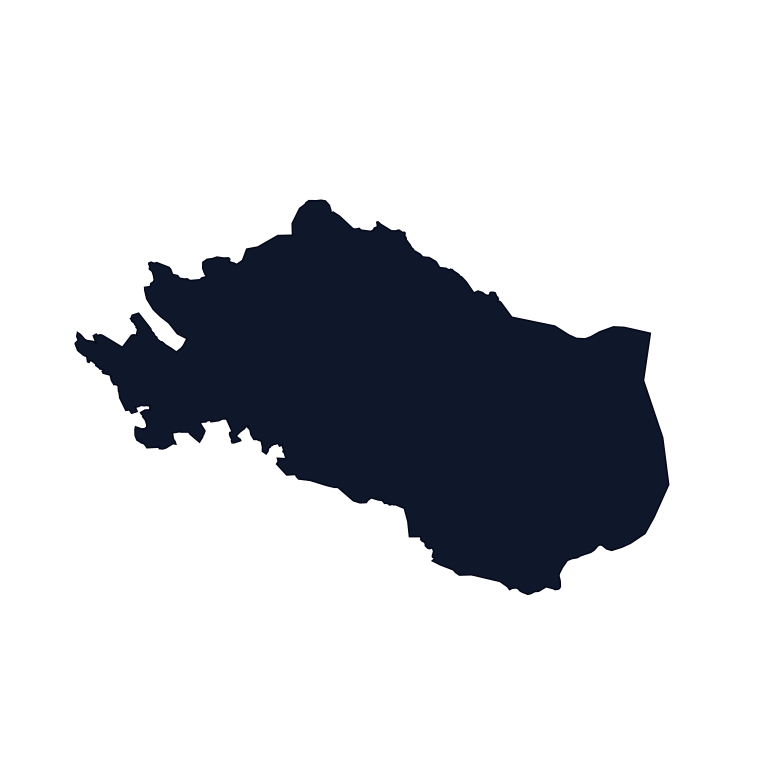 Ballymahon Lea-6, Longford, Ireland (Robinson projection), rotated 204°
{"feature_id": "5873133B88406731709637", "entity_name": "Ballymahon Lea-6", "entity_type": "district", "adm_level": 2, "iso_a3": "IRL", "parent_name": "Ireland", "parent_adm1": "Longford", "projection": "robinson", "projection_center": [-7.714, 53.623], "detail": "fine", "context": "isolated", "style": "filled", "palette": "ink", "viewbox_px": 768, "rotation_deg": 204, "n_neighbors": 0, "source": "geoboundaries", "source_scale": "gbopen_adm2", "svg_char_len": 5087}
<svg xmlns="http://www.w3.org/2000/svg" viewBox="0 0 768 768"><g transform="rotate(204 384 384)"><path d="M677.5,290.1L670.5,288.1L668.4,288.0L667.5,288.4L665.3,286.8L665.5,286.2L663.8,283.7L662.2,283.8L662.3,285.7L660.0,286.2L655.3,284.9L654.9,283.7L650.2,282.7L649.9,282.1L647.9,282.7L646.3,282.6L645.8,281.3L646.5,280.9L645.0,279.6L637.8,280.8L634.6,276.6L632.2,274.7L631.6,274.8L630.7,273.6L628.9,274.3L626.3,274.5L623.4,269.1L622.7,268.7L619.7,263.8L609.1,254.9L606.1,256.8L602.7,254.6L598.3,258.5L601.7,261.6L598.3,264.2L597.8,265.5L593.6,266.8L593.6,267.4L589.0,268.7L587.4,265.1L591.6,263.1L594.8,258.9L593.5,257.9L591.0,257.1L591.2,256.0L587.4,254.0L584.3,250.5L583.3,248.2L584.8,245.1L584.9,245.6L587.0,244.4L593.6,243.8L593.1,241.4L590.4,235.7L587.0,232.3L581.5,231.5L579.6,231.9L576.9,230.8L574.7,229.3L563.9,234.8L562.9,233.5L559.4,234.9L557.1,237.0L552.5,243.7L549.7,244.4L551.3,246.3L554.0,248.1L557.4,253.3L550.3,257.9L550.0,257.5L543.0,260.6L540.5,259.2L528.9,255.8L528.1,262.1L528.6,263.3L528.2,264.2L528.5,268.4L535.1,272.8L535.9,274.5L531.2,277.0L531.4,277.7L528.1,280.2L526.7,279.1L520.0,283.3L517.4,286.3L513.7,288.0L503.1,278.5L505.1,277.1L504.9,275.7L503.5,273.8L500.5,271.4L500.4,270.2L498.9,268.4L497.0,269.3L491.8,274.0L492.9,275.0L496.3,275.7L497.9,276.5L496.3,281.1L493.3,286.5L492.7,289.9L490.7,290.5L491.2,289.0L488.0,287.8L484.9,283.6L480.3,280.4L476.5,282.1L476.2,281.5L473.0,282.0L469.3,276.9L467.8,273.1L463.2,272.2L462.6,275.3L463.4,278.3L462.2,280.2L462.2,281.7L461.3,282.3L460.2,284.0L458.3,285.1L457.2,286.9L454.2,284.8L452.4,286.7L448.1,282.1L449.0,281.5L448.8,281.1L447.2,280.6L443.1,275.9L451.2,272.8L449.2,270.3L449.6,267.2L435.9,261.3L428.2,265.3L426.0,263.6L423.4,262.5L412.4,265.9L394.8,268.0L387.4,269.4L384.2,270.8L364.5,264.9L357.5,265.7L352.0,268.5L351.5,271.0L349.5,274.8L341.8,275.8L338.3,276.9L335.0,275.2L332.7,276.2L330.7,276.2L329.7,275.7L327.6,277.4L325.8,277.6L324.5,278.4L314.9,278.7L306.3,268.1L298.7,254.9L288.5,259.4L287.6,258.5L287.2,256.9L285.8,256.1L282.7,255.9L281.3,254.9L280.6,253.2L279.1,252.4L276.9,251.8L275.0,252.3L274.1,253.5L272.7,253.6L270.6,251.4L269.8,246.2L268.8,245.5L267.4,245.5L266.8,244.6L268.0,242.1L258.5,241.7L245.2,242.4L241.8,240.9L237.4,240.1L226.5,245.3L197.8,250.8L188.6,249.0L185.6,247.2L183.8,249.6L180.1,251.6L177.8,251.4L175.6,250.3L173.3,250.1L167.2,250.3L164.7,252.1L162.0,255.6L158.4,257.6L153.4,264.7L146.0,265.9L144.3,265.7L141.2,267.5L140.4,269.3L140.6,271.0L143.0,275.8L146.2,279.9L146.7,282.1L146.4,288.9L144.8,297.3L141.4,300.9L136.7,304.0L134.9,306.7L126.5,314.5L124.4,317.9L122.7,323.5L121.3,324.9L119.1,325.4L113.6,323.9L108.3,324.6L100.3,331.7L94.1,338.7L84.7,353.6L83.1,372.5L83.0,407.9L107.6,448.4L109.9,450.9L148.4,492.8L161.3,538.7L187.4,533.5L197.7,529.5L208.4,519.1L214.2,511.3L218.5,507.1L226.8,503.9L235.3,504.0L251.5,506.4L294.4,497.0L310.2,506.0L312.0,506.5L313.8,505.8L314.1,508.3L315.6,509.6L316.7,509.8L319.5,512.5L321.6,512.2L323.8,511.2L324.3,510.2L323.7,509.1L324.7,507.2L327.9,506.7L331.0,507.6L335.9,507.2L338.1,504.8L338.6,503.5L350.2,510.7L355.9,513.1L357.1,513.5L357.9,513.1L360.3,514.5L366.3,515.5L368.1,516.3L370.0,515.9L370.6,514.8L373.2,514.7L374.0,515.0L380.6,513.0L385.8,516.7L387.4,516.5L387.2,517.1L394.1,517.9L400.3,515.8L403.5,517.3L410.7,518.1L412.6,519.3L414.0,519.6L417.6,522.3L420.0,523.2L420.2,523.8L421.6,524.3L422.9,525.3L422.9,525.9L424.0,525.9L423.7,527.0L425.3,527.8L426.1,530.5L427.2,530.9L428.7,530.0L433.0,530.7L435.4,528.9L435.7,528.2L436.9,528.1L439.4,526.9L452.0,528.6L455.4,529.7L456.4,528.9L454.2,525.6L454.3,524.6L456.4,522.4L456.3,521.7L455.7,521.5L458.0,518.1L467.7,515.2L469.9,516.1L472.6,514.1L475.3,513.2L493.0,519.3L500.3,520.4L502.2,518.9L503.1,521.0L506.6,525.0L512.0,527.4L516.2,526.3L520.3,523.9L527.3,520.9L529.2,517.4L529.1,516.1L532.5,510.2L533.2,493.3L528.1,482.7L541.4,476.4L555.0,457.8L564.3,451.4L563.5,439.3L567.2,433.3L570.1,433.5L574.5,432.8L575.3,433.4L575.7,435.4L577.4,436.0L581.8,433.8L588.3,432.0L591.8,428.7L596.3,426.0L599.0,421.5L596.6,415.9L592.4,411.6L590.2,410.5L590.4,409.5L593.8,406.6L594.4,404.5L602.7,399.9L603.8,399.6L606.4,400.1L609.1,398.7L613.8,397.5L616.6,399.1L620.9,398.2L622.0,398.4L625.5,402.0L627.8,403.1L640.9,402.5L643.2,400.7L646.3,400.6L648.0,398.9L647.6,397.7L646.0,396.5L645.1,393.5L641.6,392.6L638.6,389.2L636.2,385.6L636.3,383.5L637.9,381.0L637.1,378.0L642.0,374.9L640.5,372.1L635.4,365.3L625.0,358.2L615.7,354.8L605.5,352.3L593.1,345.8L582.5,345.3L582.9,337.7L583.8,334.2L586.7,328.7L592.6,330.0L599.2,330.8L603.6,332.2L605.7,331.8L609.3,332.8L610.6,334.3L612.7,334.7L615.3,336.9L616.1,336.9L618.4,338.1L619.5,339.6L637.0,348.9L642.0,344.4L641.9,342.0L641.3,341.7L642.2,340.6L640.7,339.9L640.3,339.0L636.6,338.0L636.1,337.2L633.4,335.7L633.5,334.9L631.4,334.0L630.3,329.1L629.6,328.1L632.8,327.1L634.5,325.8L637.9,311.1L661.3,314.0L663.7,313.4L665.2,311.8L667.1,312.6L669.2,309.9L664.0,304.5L667.5,304.5L673.3,302.8L675.9,303.2L681.2,305.7L685.0,306.4L684.1,302.6L681.1,299.4L682.6,296.0L682.5,295.1L677.5,290.1Z" fill="#0f172a" stroke="#020617" stroke-width="1.5"/></g></svg>